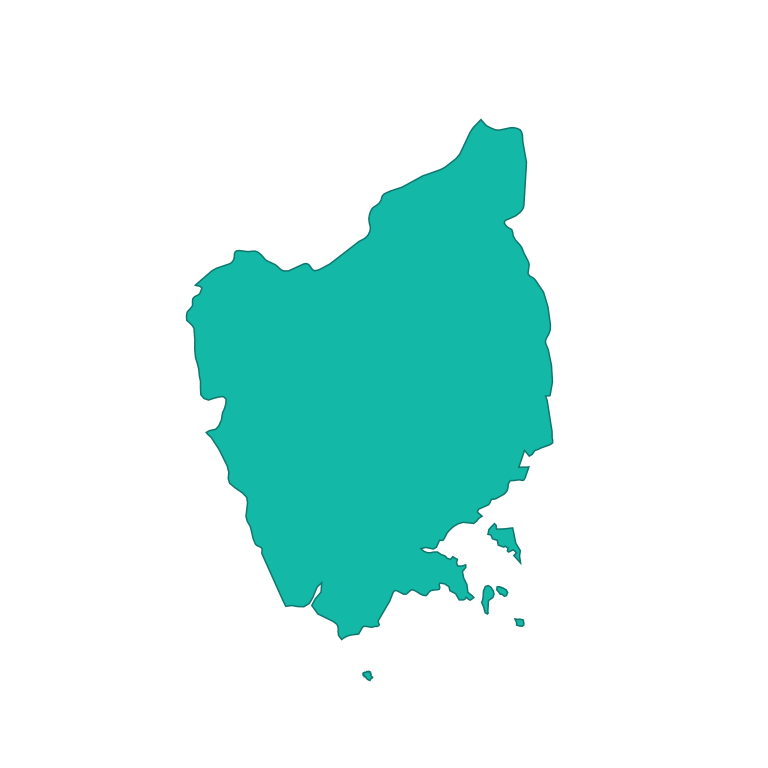 outline of P'yŏngan-bukto, rotated 289°
{"feature_id": "PRK-3312", "entity_name": "P'yŏngan-bukto", "entity_type": "Province", "adm_level": 1, "iso_a3": "PRK", "parent_name": "North Korea", "parent_adm1": "", "projection": "orthographic", "projection_center": [125.079, 40.04], "detail": "fine", "context": "isolated", "style": "filled", "palette": "teal", "viewbox_px": 768, "rotation_deg": 289, "n_neighbors": 0, "source": "natural_earth", "source_scale": "10m", "svg_char_len": 5476}
<svg xmlns="http://www.w3.org/2000/svg" viewBox="0 0 768 768"><g transform="rotate(289 384 384)"><path d="M415.5,180.6L416.5,178.1L415.9,173.7L416.0,173.4L434.4,184.1L436.6,185.8L439.1,188.2L447.3,198.8L449.1,200.3L451.9,201.3L454.2,201.4L458.4,200.2L460.4,200.3L462.0,201.4L463.1,203.8L464.7,211.6L465.1,212.8L467.1,217.2L467.7,219.0L467.7,220.9L467.3,222.7L466.7,224.5L465.9,226.4L463.0,231.2L462.7,232.1L462.5,232.6L461.4,242.3L460.8,244.2L459.0,248.1L458.4,250.0L458.3,251.9L458.7,253.8L459.3,255.5L460.1,257.2L471.1,268.7L472.3,270.5L472.7,272.3L472.3,274.2L471.2,275.9L469.9,277.6L468.8,279.4L468.5,281.3L469.5,283.4L471.4,285.9L479.9,293.8L510.7,314.0L514.8,317.9L516.9,319.3L519.4,320.4L523.3,320.9L525.8,320.7L527.9,320.0L531.5,317.7L535.2,315.9L539.0,315.2L542.8,315.1L545.0,315.4L547.4,316.3L550.6,318.8L553.2,320.5L556.7,321.4L560.2,321.1L561.9,321.4L564.1,322.5L568.7,327.4L575.9,336.9L593.4,352.9L604.8,367.3L608.6,371.0L620.3,378.6L625.9,380.8L650.2,383.5L655.5,384.9L665.6,389.6L662.1,395.6L661.9,396.0L661.3,398.3L660.8,402.3L660.6,406.5L661.0,408.5L661.6,410.4L667.3,419.9L668.2,422.0L668.7,424.0L668.9,426.1L668.9,428.2L668.5,430.2L667.0,432.1L664.3,433.9L658.4,436.3L639.9,446.6L598.1,458.2L595.9,458.4L593.9,458.0L592.0,457.4L590.2,456.6L586.5,454.2L584.9,452.8L578.5,445.8L577.0,445.2L575.4,445.3L573.7,447.3L572.7,449.2L572.1,451.4L571.9,453.2L571.6,454.5L570.9,455.1L569.4,456.2L565.9,458.1L562.9,461.5L559.9,467.0L557.8,469.9L552.7,474.3L547.9,479.5L546.1,481.2L543.8,482.5L535.3,484.2L533.9,486.0L533.4,487.2L533.3,488.3L533.2,489.1L532.7,491.1L531.5,493.4L522.7,505.0L510.3,513.9L494.1,522.1L489.5,523.6L484.8,523.5L479.3,522.5L477.2,522.7L475.1,523.6L469.8,528.2L456.3,536.2L440.9,542.6L427.0,544.8L427.1,545.2L425.3,540.7L421.2,543.8L393.7,558.4L387.9,560.5L385.6,561.9L383.2,562.6L380.8,560.9L373.8,552.3L372.7,551.5L370.2,548.3L365.6,547.0L363.1,544.8L367.0,538.5L349.1,538.6L350.0,540.6L351.8,545.9L352.8,548.0L341.0,548.0L338.4,547.3L337.7,545.5L337.5,543.3L336.4,540.9L334.9,538.1L334.3,536.0L333.2,534.6L330.0,534.1L325.9,535.0L323.4,535.2L320.0,534.1L318.0,532.6L312.2,527.3L311.0,525.7L310.2,523.4L308.3,522.9L305.9,522.8L303.8,522.1L296.4,514.2L293.4,513.9L290.9,519.8L287.9,517.3L284.4,516.2L281.4,514.2L279.0,503.9L276.1,499.7L272.1,496.3L267.5,493.7L263.4,492.1L257.5,491.3L255.3,490.6L254.3,487.4L246.8,486.7L244.1,484.5L243.1,476.7L240.3,472.5L238.8,476.2L238.6,479.6L239.5,482.8L241.2,485.5L242.6,489.4L241.4,493.3L241.3,497.6L239.7,500.6L239.8,504.0L243.1,505.2L242.0,510.5L238.7,510.7L235.9,512.9L237.0,516.5L239.6,520.1L237.3,521.1L232.3,519.2L226.6,522.4L221.3,527.7L214.4,531.1L212.2,537.1L211.3,538.5L207.7,535.9L207.8,534.5L208.1,533.5L209.2,531.2L207.2,530.7L206.4,530.2L205.6,529.1L204.3,525.4L209.1,519.9L210.0,513.6L213.5,511.4L214.8,506.5L214.0,501.7L212.1,501.5L209.9,503.0L207.9,503.1L206.9,501.6L205.1,497.5L204.1,495.8L201.7,494.2L199.4,493.6L197.6,492.7L197.0,489.9L197.2,486.9L198.5,481.5L198.8,478.2L197.7,476.4L192.8,473.7L191.6,471.0L192.7,463.9L192.3,461.5L189.9,460.5L180.6,460.1L158.1,455.6L157.0,456.1L156.0,457.0L155.0,457.8L153.7,457.7L152.6,456.6L151.6,453.8L151.0,453.2L150.0,451.8L148.9,445.5L148.2,443.6L146.4,442.7L139.3,441.4L135.7,434.1L133.9,431.6L132.0,429.7L130.2,428.2L128.6,427.2L131.4,422.9L135.0,421.2L138.6,420.1L141.4,417.9L143.0,413.1L145.0,396.4L151.1,387.8L158.5,389.0L166.8,392.2L175.8,389.8L170.4,386.9L158.2,386.1L152.3,384.9L147.3,380.7L145.5,375.0L144.5,368.9L141.8,363.5L146.0,359.3L183.7,323.9L184.8,323.3L187.6,322.8L189.1,321.7L189.5,320.3L189.9,316.4L190.7,314.6L195.0,310.8L205.6,304.1L209.8,299.3L213.9,296.6L227.1,293.7L232.2,291.1L235.0,285.5L237.2,277.6L239.8,270.5L243.9,267.5L250.0,266.0L255.5,262.4L268.3,249.5L277.3,237.9L279.0,233.7L280.3,231.7L283.0,234.1L285.4,237.8L286.2,239.4L288.3,240.5L290.7,241.4L297.1,242.0L304.1,240.7L309.4,241.2L314.5,240.8L318.4,239.5L319.8,236.1L317.8,231.8L314.9,227.5L311.7,223.3L311.7,218.5L314.2,214.3L320.7,211.7L326.9,209.6L331.1,207.0L337.6,204.1L342.4,201.0L347.6,197.2L355.1,193.8L364.2,190.8L371.0,187.8L374.5,186.5L376.8,183.9L378.4,180.5L380.0,176.7L384.2,175.0L388.1,174.5L392.0,176.2L395.5,177.5L400.6,175.8L402.6,175.5L404.9,176.5L408.0,179.5L409.7,180.4L415.5,180.6ZM288.0,533.9L286.8,536.1L283.4,537.7L286.2,545.0L289.8,552.5L284.1,555.9L276.4,560.4L270.7,567.2L265.6,568.1L259.2,571.4L264.1,562.6L267.5,564.2L269.4,560.3L265.7,556.6L266.3,555.0L269.3,554.7L269.5,553.3L270.2,551.6L268.8,550.4L268.8,544.5L273.1,542.0L272.9,537.0L276.1,534.2L275.7,531.2L280.7,530.6L288.0,533.9ZM224.4,554.3L221.3,556.4L217.6,556.5L213.2,553.3L202.2,556.4L201.4,557.1L200.2,556.6L200.6,554.3L202.6,552.7L205.1,551.2L209.5,547.3L210.6,547.7L214.3,547.2L220.9,545.4L225.5,545.8L227.3,548.1L226.7,551.2L224.4,554.3ZM224.5,560.4L226.1,557.6L229.1,557.0L229.9,559.3L229.8,563.1L229.1,566.7L227.2,568.8L223.7,568.6L222.5,567.0L223.5,564.2L223.0,562.4L224.5,560.4ZM100.0,463.2L101.2,461.9L100.8,460.6L101.5,460.4L102.3,459.9L101.7,459.2L102.4,458.8L103.3,458.4L104.1,458.4L104.6,459.1L105.3,459.7L105.6,461.1L106.7,461.4L106.6,462.4L106.6,463.1L107.4,463.2L107.4,464.2L107.1,465.1L106.1,465.4L105.4,466.3L104.1,466.3L103.3,467.6L103.0,468.7L102.2,468.6L101.7,467.8L100.4,467.5L99.2,467.3L99.2,467.2L99.1,465.8L99.5,464.3L100.0,463.2ZM200.0,593.6L199.3,590.5L199.2,587.9L201.6,587.0L204.5,584.3L205.0,587.1L205.1,587.7L205.9,588.8L206.2,592.6L202.9,594.3L201.6,594.6L200.0,593.6Z" fill="#14b8a6" stroke="#0f766e" stroke-width="1.5"/></g></svg>